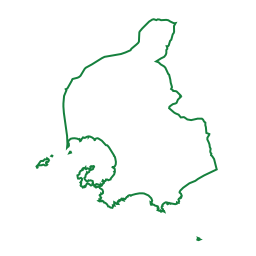 Cam Ranh, Khánh Hòa, Vietnam, rotated 92°
{"feature_id": "81297802B88990967828920", "entity_name": "Cam Ranh", "entity_type": "district", "adm_level": 2, "iso_a3": "VNM", "parent_name": "Vietnam", "parent_adm1": "Khánh Hòa", "projection": "mercator", "projection_center": [109.22, 11.898], "detail": "fine", "context": "isolated", "style": "outline", "palette": "green", "viewbox_px": 256, "rotation_deg": 92, "n_neighbors": 0, "source": "geoboundaries", "source_scale": "gbopen_adm2", "svg_char_len": 5942}
<svg xmlns="http://www.w3.org/2000/svg" viewBox="0 0 256 256"><g transform="rotate(92 128 128)"><path d="M57.7,153.9L59.1,156.5L65.7,166.3L69.2,172.2L70.3,173.3L77.5,177.3L78.6,178.5L79.5,180.1L80.9,184.9L81.3,185.4L82.6,185.8L90.1,189.7L90.8,190.2L91.4,191.6L92.6,190.9L98.2,193.0L105.7,193.4L108.9,193.3L115.2,192.6L138.1,188.6L146.0,188.0L149.7,188.2L149.2,187.8L148.7,186.9L147.7,186.4L145.8,186.6L145.8,187.1L145.0,187.4L143.0,187.1L140.8,185.0L140.3,183.1L140.1,181.0L140.4,178.5L141.1,176.7L140.7,176.2L141.2,175.6L142.0,175.7L142.8,175.4L142.3,174.6L140.3,173.8L139.8,173.0L139.0,172.7L139.0,172.0L139.4,171.1L139.1,170.0L138.4,169.3L137.8,167.5L138.0,167.0L138.3,167.0L137.8,166.6L137.9,165.6L138.8,163.4L140.5,161.0L141.1,161.1L141.9,160.6L140.5,160.7L139.9,160.0L139.3,158.4L139.5,157.3L141.6,153.7L145.9,149.5L146.1,148.0L147.9,146.4L155.9,141.0L156.3,141.1L157.2,140.2L158.7,139.7L162.3,138.9L164.9,139.0L166.8,139.9L167.4,140.8L167.5,142.0L167.8,142.1L168.9,140.2L169.5,139.8L172.1,139.6L172.3,140.2L172.9,139.8L174.8,140.2L179.0,143.4L180.0,143.6L180.9,145.8L180.2,146.9L180.3,148.2L180.9,148.2L181.7,148.7L182.4,150.1L183.8,150.2L184.1,150.8L185.2,151.5L185.7,152.1L185.5,152.4L186.3,152.1L186.7,152.4L186.8,152.9L186.0,153.3L186.0,153.7L185.6,154.4L185.6,155.9L185.1,157.3L185.7,158.6L186.3,159.0L186.2,160.1L187.6,159.5L187.8,158.6L188.5,158.1L188.5,157.8L187.7,157.7L188.0,156.3L187.6,154.7L189.1,154.0L190.5,151.5L192.4,150.7L194.0,150.8L194.7,151.6L194.8,152.1L194.5,152.5L195.0,152.5L195.8,153.8L196.1,154.0L196.9,153.2L197.8,153.3L198.5,152.4L199.9,152.9L200.1,153.8L200.6,153.4L201.9,153.3L202.2,152.6L201.6,152.3L202.0,151.2L201.7,151.0L202.3,149.9L203.4,149.3L203.6,148.0L205.2,146.1L207.1,145.1L207.1,144.2L208.1,142.8L208.3,140.8L206.8,140.2L205.8,140.4L206.0,138.8L205.4,139.1L202.6,139.2L203.1,138.2L204.3,136.8L204.3,135.0L202.8,135.9L201.6,135.5L201.3,135.1L201.7,134.9L201.7,134.2L201.3,133.9L200.9,133.9L200.8,133.5L200.3,133.7L200.4,132.9L199.8,132.1L199.4,132.4L198.8,132.0L198.9,131.5L200.3,130.7L200.5,130.0L200.1,130.2L199.6,129.6L198.9,129.7L199.2,128.4L196.9,126.8L196.7,125.9L195.8,125.6L195.2,124.5L195.0,123.6L195.6,122.8L194.8,121.6L193.7,118.0L192.9,114.3L192.8,111.0L192.9,109.6L194.7,105.2L197.4,102.3L199.7,101.3L201.4,101.8L201.6,102.3L201.3,102.9L202.7,102.7L202.8,101.9L203.3,102.3L203.8,102.3L203.9,101.7L203.5,100.8L203.8,100.2L203.8,99.4L204.6,98.3L205.2,95.6L206.3,95.0L206.9,95.6L207.6,94.7L209.0,95.6L209.7,93.8L209.2,92.8L210.5,92.1L210.4,91.6L209.5,91.4L209.5,90.7L210.4,88.8L209.6,89.1L209.5,89.6L208.7,90.1L207.8,90.3L207.0,91.4L205.8,91.6L204.7,91.2L204.6,90.7L203.6,90.9L202.4,89.9L201.4,88.5L201.0,87.8L201.0,86.5L201.5,86.0L202.4,86.2L202.8,85.7L202.4,85.1L201.8,85.5L201.4,85.1L201.4,84.3L202.3,82.9L202.2,82.6L201.8,82.8L202.5,78.1L202.0,76.6L200.6,76.5L201.1,75.2L201.0,74.6L200.3,74.8L199.4,74.3L197.8,75.1L197.0,74.7L196.3,73.9L196.4,73.5L196.1,73.4L195.9,72.5L195.5,72.4L194.9,72.8L194.4,72.4L194.5,72.1L193.9,71.9L191.8,72.8L190.7,74.2L190.1,74.2L188.7,73.5L185.8,70.8L181.1,64.7L178.5,58.9L176.4,56.2L172.7,50.2L166.3,37.9L156.0,40.9L153.3,42.8L152.2,44.1L150.7,43.8L149.7,44.7L148.3,45.0L145.9,44.7L144.1,45.6L141.6,46.0L139.6,46.8L136.7,48.3L134.9,48.3L132.0,46.6L131.2,46.5L130.2,49.5L124.4,50.2L122.6,50.8L119.9,50.9L118.9,52.2L117.0,53.3L116.1,54.5L116.2,58.6L117.9,65.1L117.4,69.0L115.4,72.0L115.2,72.7L115.6,75.6L112.9,77.9L111.7,81.1L110.9,82.5L106.8,87.6L105.3,87.3L104.3,86.2L102.6,84.0L101.8,81.3L101.1,80.3L97.9,79.1L94.9,76.2L94.3,77.0L93.7,76.5L89.8,80.7L89.5,81.7L89.4,84.1L88.9,84.2L87.5,86.3L85.8,85.5L85.1,85.6L81.2,86.9L78.2,87.4L73.2,88.8L72.7,89.6L66.4,92.8L65.1,94.2L63.3,97.5L61.3,99.7L60.5,102.2L57.2,97.3L55.6,94.3L53.5,92.8L51.8,92.3L48.7,92.4L47.5,91.5L46.3,91.6L44.9,92.2L44.8,90.8L44.1,90.2L39.5,89.0L38.2,87.8L32.9,86.6L31.4,85.6L30.1,85.3L24.5,85.6L21.5,84.1L21.7,85.0L21.5,86.3L20.1,89.5L18.9,91.5L18.6,93.6L19.1,98.7L18.5,100.3L18.4,102.1L19.2,103.4L18.4,106.0L18.8,107.5L20.9,110.6L28.1,117.3L31.2,119.7L32.1,120.0L41.3,120.1L42.6,120.8L44.4,122.6L48.7,127.4L50.2,128.2L52.6,133.2L54.3,137.6L57.7,153.9ZM167.9,160.5L167.5,160.6L167.2,161.4L167.7,162.6L167.4,163.5L168.1,164.3L169.1,163.9L170.3,164.9L169.7,167.3L170.5,168.2L169.9,169.1L169.0,169.2L169.4,169.5L170.1,169.5L169.5,170.7L169.9,171.7L170.2,171.9L170.6,171.6L171.4,171.6L171.7,172.2L171.5,172.6L172.2,173.0L172.5,173.9L174.5,175.0L175.6,174.8L176.6,175.8L177.1,176.9L179.6,176.4L180.3,176.1L180.3,174.8L179.8,174.2L179.5,173.2L180.4,172.1L182.0,172.3L183.3,173.2L183.9,173.0L184.2,173.6L185.1,172.9L185.5,173.1L186.1,173.0L186.9,173.4L187.6,173.0L188.1,172.1L188.1,171.3L188.8,171.1L188.3,170.4L188.9,170.5L188.7,169.3L188.1,168.4L186.9,168.2L185.6,167.3L185.2,167.3L184.7,166.5L185.3,165.1L186.8,163.0L185.9,161.3L184.9,160.9L184.6,161.0L184.4,161.5L183.5,161.1L182.2,161.5L181.6,163.6L182.0,165.1L181.7,165.7L182.6,166.3L182.6,167.6L180.6,169.5L179.4,169.8L178.4,168.8L176.7,168.7L175.0,167.9L175.0,167.5L173.6,167.4L174.0,166.4L173.3,165.3L171.8,165.0L170.5,161.9L170.0,161.4L169.0,161.3L167.9,160.5ZM162.8,206.3L162.7,206.0L162.1,206.3L161.1,207.8L162.0,208.0L162.3,208.9L162.2,210.2L163.9,211.5L164.0,212.1L163.8,212.5L164.2,214.1L167.0,216.0L168.2,215.8L168.4,215.3L168.2,212.8L167.9,212.5L167.6,211.1L168.3,209.6L168.1,208.1L167.4,207.4L166.9,207.9L166.4,208.0L166.0,208.7L165.4,208.7L164.7,208.3L164.6,206.6L163.9,206.2L162.8,206.3ZM237.0,52.8L236.8,52.1L236.3,53.1L236.2,52.8L235.9,52.9L235.5,54.1L235.9,53.9L236.3,54.5L237.2,54.8L237.6,53.8L237.3,52.8L237.0,52.8ZM170.4,216.9L168.4,217.0L169.6,218.1L170.9,217.4L170.8,217.1L170.4,216.9ZM155.2,185.8L154.6,184.1L153.7,184.5L153.7,185.1L155.2,185.8ZM182.2,151.7L182.5,150.9L181.7,150.3L181.1,151.3L182.2,151.7ZM202.1,153.6L201.4,153.6L201.1,154.0L201.7,155.0L202.3,153.9L202.1,153.6ZM158.7,203.7L159.0,202.9L158.5,202.6L158.2,203.0L158.2,203.3L158.7,203.7Z" fill="none" stroke="#15803d" stroke-width="2"/></g></svg>